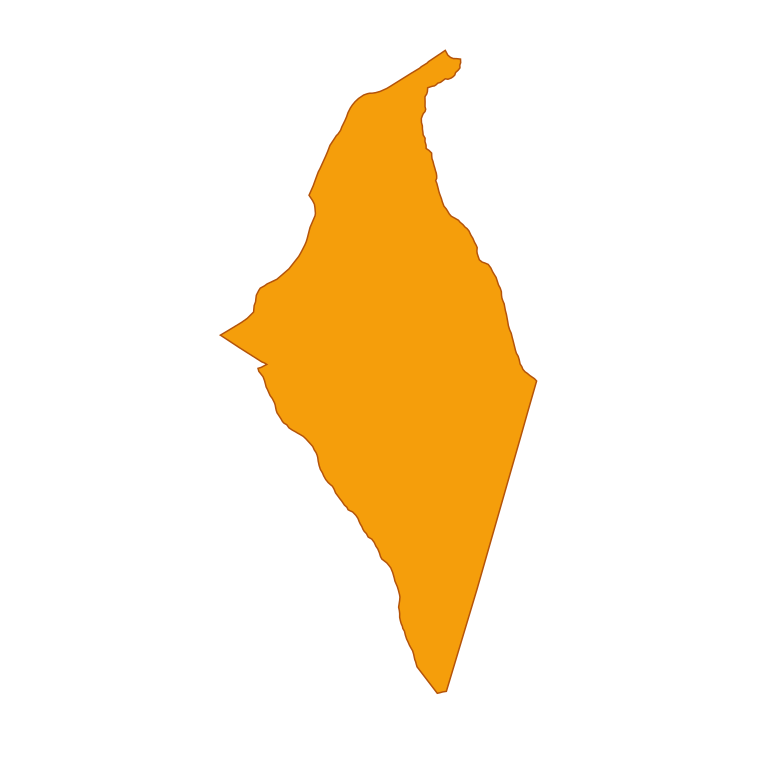 Batayporã, Mato Grosso do Sul, Brazil (Mercator projection), rotated 168°
{"feature_id": "56859067B36337009194969", "entity_name": "Batayporã", "entity_type": "district", "adm_level": 2, "iso_a3": "BRA", "parent_name": "Brazil", "parent_adm1": "Mato Grosso do Sul", "projection": "mercator", "projection_center": [-53.175, -22.37], "detail": "fine", "context": "isolated", "style": "filled", "palette": "amber", "viewbox_px": 768, "rotation_deg": 168, "n_neighbors": 0, "source": "geoboundaries", "source_scale": "gbopen_adm2", "svg_char_len": 3803}
<svg xmlns="http://www.w3.org/2000/svg" viewBox="0 0 768 768"><g transform="rotate(168 384 384)"><path d="M533.9,465.8L523.5,455.3L518.2,449.9L498.8,430.9L496.6,429.5L494.6,427.5L497.2,426.8L500.7,425.8L504.0,425.5L503.8,422.4L500.8,416.3L500.2,412.4L500.0,408.9L499.9,405.6L499.1,402.7L498.6,400.2L497.8,396.4L496.3,393.1L495.1,388.6L494.8,386.2L494.9,383.1L494.9,380.6L494.6,378.0L493.4,375.0L492.0,371.3L491.1,368.4L489.9,366.4L487.6,364.4L486.1,360.9L483.4,358.1L480.5,355.6L478.8,354.0L476.7,352.2L473.9,349.6L471.8,346.6L470.0,343.5L468.3,340.6L466.7,337.7L465.9,334.0L464.7,331.0L464.2,328.1L464.1,325.8L464.4,322.2L464.4,317.8L464.0,313.7L462.7,309.9L462.1,306.7L460.9,302.8L459.1,299.2L457.3,296.7L455.7,294.7L454.7,291.5L454.0,287.5L452.3,283.8L451.0,280.9L449.6,278.1L447.9,273.8L445.9,271.1L445.3,268.5L443.6,267.1L441.3,265.4L438.8,261.4L437.4,257.9L436.9,254.6L436.3,252.0L435.3,249.1L434.8,246.3L434.0,244.0L432.3,241.3L431.3,237.6L428.2,234.8L426.5,231.1L425.6,226.9L424.4,224.1L423.6,219.8L423.3,215.9L422.5,213.2L420.6,211.0L418.5,208.5L416.8,205.3L415.6,202.7L415.2,200.5L414.7,197.8L414.5,194.9L414.3,191.9L414.3,189.1L413.7,186.0L413.1,183.0L412.8,179.6L412.6,175.0L412.7,172.3L413.7,169.0L415.1,165.3L416.1,162.7L416.1,159.2L416.4,156.2L417.2,152.5L417.2,149.0L417.0,146.0L416.4,143.3L416.4,140.9L415.4,138.0L415.3,133.8L414.9,129.9L414.2,127.1L413.4,123.1L412.5,120.2L411.5,117.2L411.2,113.6L411.2,108.0L410.8,105.7L410.7,103.4L410.5,100.5L396.2,70.4L393.5,70.4L390.6,70.6L386.9,70.4L335.7,163.9L262.2,302.2L248.7,327.8L234.1,355.2L235.7,357.9L237.6,359.9L239.7,362.1L241.5,364.5L243.5,366.6L245.1,369.5L245.6,372.4L246.7,375.3L246.7,379.8L247.0,383.2L248.1,386.5L248.4,389.5L248.5,392.8L248.6,395.7L248.7,398.7L248.9,403.1L249.0,407.2L249.8,410.7L250.2,415.1L250.0,419.6L249.8,426.5L250.0,430.8L249.9,434.4L249.8,437.4L250.5,440.9L250.8,443.6L250.6,446.4L250.0,449.9L250.4,453.7L251.4,457.1L251.9,462.0L252.2,465.0L253.0,467.1L254.4,471.2L255.4,475.4L257.2,479.3L260.2,481.4L262.6,482.8L264.9,485.6L265.4,489.4L265.7,492.4L265.5,494.7L264.5,498.0L265.0,500.6L266.0,503.9L266.8,508.0L268.1,511.7L269.1,516.1L270.5,518.8L272.1,520.6L273.6,523.4L276.0,526.5L277.1,528.7L279.5,530.8L283.3,534.1L284.8,536.8L285.8,539.8L286.7,542.3L288.4,545.5L289.1,550.1L289.3,553.3L290.1,558.7L290.3,561.1L290.4,564.7L290.6,569.3L291.2,572.1L289.7,574.2L289.2,576.6L289.0,579.4L289.3,581.9L289.4,584.4L289.7,587.8L289.8,591.4L290.2,594.4L289.9,597.2L289.4,600.0L291.4,603.1L293.8,605.6L293.2,608.9L293.5,612.7L292.7,615.9L293.9,619.5L293.6,622.2L293.4,625.3L292.8,628.5L293.0,631.9L292.3,635.9L290.7,638.5L289.3,640.4L287.2,642.0L286.1,644.1L286.2,646.8L285.2,651.2L284.2,656.5L281.9,658.8L280.7,661.1L279.7,664.7L275.0,665.2L272.7,665.1L270.7,665.9L268.8,667.1L266.0,667.3L263.0,668.7L260.6,669.8L258.1,668.8L254.7,669.3L252.5,670.2L250.6,671.4L249.2,673.8L246.1,675.6L244.0,677.4L243.5,680.3L242.2,682.3L241.6,685.9L245.8,687.3L248.5,687.9L251.1,689.7L253.2,692.4L254.7,697.6L273.4,690.1L275.2,688.9L281.6,686.6L283.5,685.5L292.8,682.3L316.4,673.7L319.9,672.5L326.9,671.0L331.6,670.7L335.1,670.9L337.7,671.4L339.9,671.4L343.8,670.9L349.5,668.6L353.5,666.2L356.9,663.5L359.5,661.0L362.8,656.9L365.0,653.2L367.4,649.8L371.9,644.1L373.7,641.2L377.1,638.0L378.9,636.9L381.1,634.7L387.2,628.7L390.8,623.1L393.6,619.1L401.7,608.1L404.2,605.1L406.8,601.0L412.1,592.5L418.1,584.2L415.7,578.2L414.7,574.3L414.9,570.8L415.6,565.2L416.4,563.0L423.8,552.5L428.9,542.2L430.5,539.3L432.4,536.6L435.8,532.4L438.3,529.4L440.9,526.5L453.0,516.4L455.9,514.8L458.6,513.3L467.0,508.7L477.6,506.2L480.4,504.9L485.1,503.5L487.1,501.5L490.4,497.4L491.5,494.3L492.6,491.0L494.7,487.7L496.6,481.5L504.2,476.6L510.5,473.9L526.5,468.3L528.6,467.6L533.9,465.8Z" fill="#f59e0b" stroke="#b45309" stroke-width="1.5"/></g></svg>